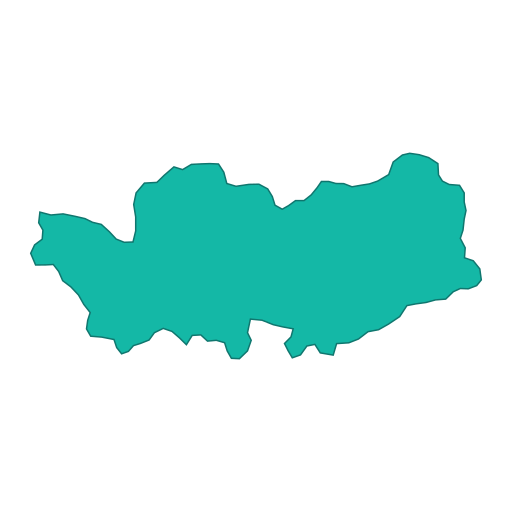 outline of Coimbra, Minas Gerais, Brazil
{"feature_id": "56859067B39104662018874", "entity_name": "Coimbra", "entity_type": "district", "adm_level": 2, "iso_a3": "BRA", "parent_name": "Brazil", "parent_adm1": "Minas Gerais", "projection": "albers", "projection_center": [-42.796, -20.843], "detail": "fine", "context": "isolated", "style": "filled", "palette": "teal", "viewbox_px": 512, "rotation_deg": 0, "n_neighbors": 0, "source": "geoboundaries", "source_scale": "gbopen_adm2", "svg_char_len": 1789}
<svg xmlns="http://www.w3.org/2000/svg" viewBox="0 0 512 512"><path d="M173.9,166.9L164.2,175.3L156.9,182.4L144.4,183.1L136.1,192.9L133.7,204.5L135.7,217.0L135.7,230.9L133.0,242.0L124.2,242.3L116.2,239.1L109.4,231.8L101.3,224.4L92.5,222.3L85.0,218.6L75.0,216.3L63.1,213.9L50.9,215.0L39.9,212.1L38.7,222.8L42.9,230.1L42.2,239.2L34.6,244.9L30.7,253.3L35.6,265.0L45.6,264.9L53.3,264.5L58.7,271.5L62.7,280.7L70.9,286.9L78.5,295.0L83.8,304.4L90.2,312.6L87.7,320.3L86.5,328.9L90.7,336.2L101.7,337.1L114.0,339.5L116.7,347.6L121.6,353.8L128.4,351.4L133.5,345.6L140.3,343.5L149.1,340.0L154.4,332.7L163.2,328.4L172.0,331.4L179.5,337.9L186.4,344.7L192.2,335.4L200.8,334.9L207.5,341.1L216.3,340.3L224.6,342.7L227.2,350.9L231.4,358.3L239.4,358.7L247.5,350.9L251.2,340.3L247.5,332.7L250.4,319.1L262.0,320.2L273.3,324.7L282.8,326.9L293.2,328.8L291.0,336.9L284.5,343.5L288.2,350.9L292.3,357.8L300.5,354.9L306.9,346.0L314.9,344.4L320.3,352.9L333.2,355.1L336.6,343.6L348.8,342.8L358.5,339.0L368.0,331.7L378.6,329.7L388.5,324.1L399.7,316.6L406.9,305.6L415.7,303.9L426.0,302.5L435.5,299.9L445.7,299.1L453.3,291.7L460.3,288.5L468.3,288.8L476.7,285.6L481.3,279.9L479.8,268.9L473.3,260.8L464.5,257.8L465.2,247.8L460.3,238.4L463.0,230.1L464.2,219.1L466.0,210.5L464.2,202.0L464.2,192.9L459.5,185.3L449.2,184.5L442.4,181.1L438.5,174.9L437.9,163.6L428.7,157.6L419.2,154.7L409.7,153.3L402.4,155.0L393.2,162.0L388.7,174.6L377.6,181.1L369.5,183.9L361.2,185.2L352.0,186.8L343.7,183.6L335.9,183.5L328.8,181.5L321.4,181.5L317.2,187.6L311.2,194.9L304.0,200.6L295.5,200.6L288.6,205.6L282.2,209.2L275.0,205.2L272.3,196.5L267.7,188.9L258.9,184.2L248.9,184.4L236.0,186.3L226.8,183.5L223.8,172.2L218.5,164.0L209.7,163.6L201.2,163.9L191.4,164.4L182.6,169.6L173.9,166.9Z" fill="#14b8a6" stroke="#0f766e" stroke-width="1.5"/></svg>